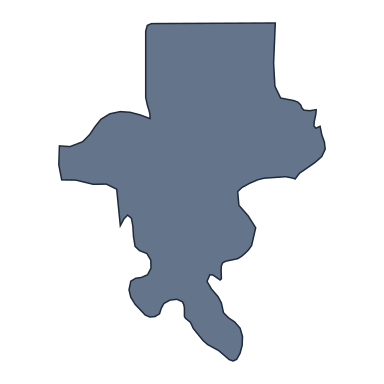 an SVG outline of Zamboanga del Sur
{"feature_id": "PHL-2522", "entity_name": "Zamboanga del Sur", "entity_type": "Province", "adm_level": 1, "iso_a3": "PHL", "parent_name": "Philippines", "parent_adm1": "", "projection": "natural_earth1", "projection_center": [123.35, 7.8], "detail": "fine", "context": "isolated", "style": "filled", "palette": "slate", "viewbox_px": 384, "rotation_deg": 0, "n_neighbors": 0, "source": "natural_earth", "source_scale": "10m", "svg_char_len": 1614}
<svg xmlns="http://www.w3.org/2000/svg" viewBox="0 0 384 384"><path d="M316.2,109.7L316.2,109.9L315.9,113.8L314.3,121.4L313.9,125.9L314.4,126.5L315.9,128.2L320.1,126.3L321.8,134.8L324.4,142.1L325.2,149.2L321.7,156.6L314.7,162.7L299.4,173.3L295.1,179.0L293.2,178.2L285.7,176.7L264.1,178.2L258.0,179.7L249.6,183.3L241.8,187.6L237.7,191.6L238.9,205.3L248.2,215.9L255.7,227.8L251.6,245.5L248.7,249.6L245.1,253.3L241.4,256.4L237.7,258.7L225.8,261.2L222.7,262.8L221.4,265.8L221.1,270.3L221.4,278.8L220.1,280.0L213.1,275.1L209.9,274.7L207.0,281.4L211.5,289.1L218.1,296.8L221.4,303.0L223.5,312.7L228.6,317.9L234.7,322.0L240.1,328.2L242.5,336.5L242.2,345.3L240.0,353.4L236.6,359.4L233.1,361.0L229.2,359.6L218.6,350.5L207.8,344.7L203.2,340.7L193.4,328.6L190.4,322.3L185.5,318.3L184.4,316.4L184.4,307.8L183.7,304.4L182.3,301.7L176.9,299.3L170.0,300.1L163.9,303.5L161.3,308.2L159.5,313.8L155.0,316.6L149.7,317.0L145.2,315.0L135.2,304.4L130.8,297.3L129.0,289.8L130.8,281.2L135.6,278.3L141.6,277.4L147.6,274.7L151.0,268.1L150.8,260.2L146.9,253.5L139.5,250.6L135.1,246.4L133.5,236.6L132.8,225.7L131.4,218.3L127.6,215.1L124.0,218.8L120.3,225.7L116.7,189.2L106.3,184.1L93.2,184.3L75.8,180.1L61.7,179.9L58.8,164.8L59.4,145.9L70.0,146.6L82.7,141.7L89.7,134.6L95.0,126.7L100.9,119.3L109.8,113.8L120.2,111.6L130.2,112.3L140.1,114.9L150.0,118.6L150.0,115.5L149.5,112.3L148.6,109.1L147.5,105.8L145.7,97.4L145.7,31.1L147.3,25.4L151.5,23.6L275.2,23.0L275.3,23.0L273.6,63.1L274.9,86.2L280.6,98.0L294.2,100.7L298.0,102.2L300.8,105.1L301.9,108.0L304.0,110.2L309.9,110.7L316.2,109.7Z" fill="#64748b" stroke="#1e293b" stroke-width="1.5"/></svg>